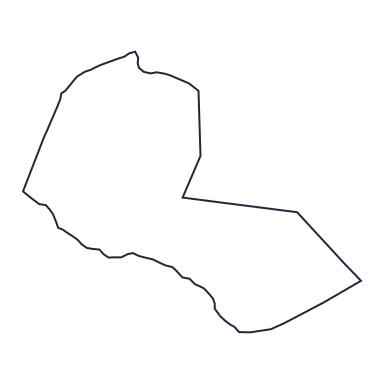 outline of Anguera, Bahia, Brazil
{"feature_id": "56859067B25095444078591", "entity_name": "Anguera", "entity_type": "district", "adm_level": 2, "iso_a3": "BRA", "parent_name": "Brazil", "parent_adm1": "Bahia", "projection": "mercator", "projection_center": [-39.208, -12.178], "detail": "fine", "context": "isolated", "style": "outline", "palette": "slate", "viewbox_px": 384, "rotation_deg": 0, "n_neighbors": 0, "source": "geoboundaries", "source_scale": "gbopen_adm2", "svg_char_len": 1093}
<svg xmlns="http://www.w3.org/2000/svg" viewBox="0 0 384 384"><path d="M23.0,191.4L31.0,197.9L39.2,204.1L45.8,205.1L49.6,209.4L52.9,214.0L55.5,220.3L58.2,227.8L62.9,229.7L67.3,232.8L72.1,235.9L77.4,239.6L81.8,244.4L86.7,247.9L93.1,249.0L99.3,249.5L103.8,254.4L108.6,257.6L113.4,257.3L121.1,257.4L128.0,254.0L133.0,253.1L138.7,255.9L145.1,257.6L152.9,259.4L158.9,262.4L165.4,265.4L172.3,267.0L176.2,270.6L182.4,277.4L189.7,278.8L194.8,284.1L199.2,286.1L204.0,288.4L208.8,293.6L213.0,298.6L214.7,303.6L214.8,308.8L220.0,315.9L225.2,320.8L230.1,324.5L234.4,326.9L239.2,332.1L250.7,332.3L270.9,329.2L284.2,323.2L324.0,302.3L361.0,280.8L352.0,271.4L344.9,264.1L297.1,212.2L223.9,202.9L182.6,197.6L187.4,186.4L200.5,155.9L198.5,90.9L194.1,87.4L189.0,83.4L184.3,81.4L178.2,78.8L170.3,75.4L164.2,73.6L156.6,72.3L150.6,73.4L143.8,71.9L138.9,67.8L137.7,62.9L138.2,57.6L135.1,51.7L129.5,53.2L124.1,56.8L119.3,58.2L101.4,64.7L95.5,67.3L91.2,69.6L84.6,71.9L76.9,76.7L70.0,85.1L65.2,90.9L61.3,93.4L60.3,99.2L57.0,107.4L46.5,131.8L44.0,137.2L23.0,191.4Z" fill="none" stroke="#1e293b" stroke-width="2"/></svg>